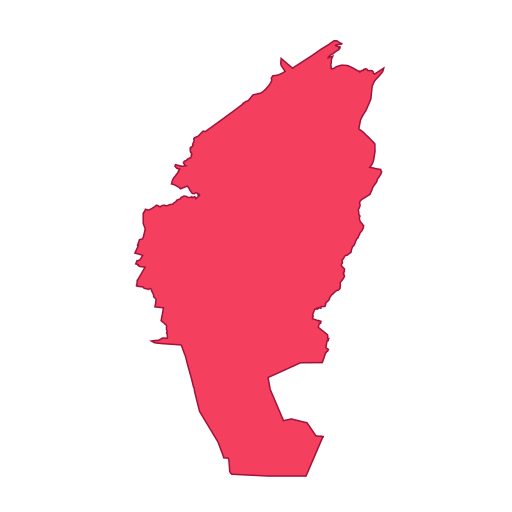 the district of Texcoco, México, Mexico, rotated 273°
{"feature_id": "50627088B50126405105256", "entity_name": "Texcoco", "entity_type": "district", "adm_level": 2, "iso_a3": "MEX", "parent_name": "Mexico", "parent_adm1": "México", "projection": "equal_earth", "projection_center": [-98.834, 19.476], "detail": "fine", "context": "isolated", "style": "filled", "palette": "rose", "viewbox_px": 512, "rotation_deg": 273, "n_neighbors": 0, "source": "geoboundaries", "source_scale": "gbopen_adm2", "svg_char_len": 6118}
<svg xmlns="http://www.w3.org/2000/svg" viewBox="0 0 512 512"><g transform="rotate(273 256 256)"><path d="M52.7,234.4L52.7,238.9L50.9,239.6L39.7,241.0L38.6,241.5L37.9,242.0L36.8,243.2L36.9,279.3L38.9,317.5L78.8,332.2L78.9,332.6L79.2,332.6L79.4,331.2L79.5,330.5L79.3,330.5L79.4,326.7L79.6,325.2L91.6,316.1L92.0,315.9L92.4,314.9L92.4,314.1L93.2,309.8L95.0,300.5L95.2,300.1L93.0,292.1L123.4,277.2L135.3,274.4L151.7,306.0L153.0,327.8L163.3,330.7L163.3,331.2L163.9,331.4L164.7,332.5L166.5,333.2L168.1,330.5L169.9,330.8L174.1,331.3L175.2,331.5L175.1,332.4L177.4,333.0L177.5,331.8L179.8,331.9L181.2,331.4L188.0,322.0L192.2,322.8L192.1,324.0L194.2,324.3L194.8,322.1L194.5,322.0L196.4,315.6L199.0,316.3L200.2,315.6L205.9,317.4L206.1,318.5L206.4,318.6L206.1,319.8L207.2,319.8L206.9,321.1L207.9,321.2L207.2,323.5L209.0,323.7L209.0,326.4L209.1,326.8L209.2,327.5L211.0,328.1L212.1,327.9L214.0,329.3L215.1,330.5L216.9,331.7L217.8,331.5L221.3,333.7L221.9,334.5L225.1,337.5L225.9,338.9L226.0,339.7L227.8,341.6L231.5,341.8L232.5,341.6L234.3,341.6L235.2,342.5L238.3,344.5L240.2,345.4L241.3,345.1L242.4,344.4L242.7,344.7L243.1,344.3L243.9,344.5L244.5,344.4L244.9,345.0L245.1,344.9L247.6,345.1L247.9,344.9L249.8,342.7L251.1,341.7L252.1,341.7L253.5,342.7L254.9,342.6L255.9,342.1L256.8,342.4L257.5,343.2L260.6,344.7L261.1,345.4L261.6,347.1L264.7,350.7L267.3,351.0L270.4,352.0L272.1,353.6L276.7,355.0L278.5,355.9L279.6,357.0L280.9,357.4L281.4,357.4L283.0,358.4L284.0,358.4L287.0,360.6L290.0,361.8L292.2,361.8L292.3,361.3L292.7,361.1L294.5,359.6L295.8,358.3L298.2,357.4L299.5,357.2L300.9,357.7L301.4,357.7L303.0,356.5L305.2,356.3L307.0,355.8L307.9,355.9L309.3,356.6L311.6,357.2L312.7,357.2L314.4,356.7L315.8,356.9L317.7,358.3L323.0,365.9L323.9,366.8L325.4,367.2L328.5,368.5L329.8,368.7L332.3,370.0L336.1,372.5L339.7,373.5L340.4,374.2L342.5,375.4L344.6,376.5L346.7,377.1L348.0,376.1L349.0,376.0L349.4,371.4L350.0,368.8L350.5,364.9L351.8,365.9L354.1,367.3L356.8,368.2L359.1,368.6L366.8,369.4L371.2,369.0L374.1,368.9L375.4,367.6L381.0,361.6L382.4,359.7L384.7,357.3L386.3,355.2L388.2,352.0L397.5,353.3L401.6,355.1L404.1,356.5L405.3,357.1L406.2,357.8L408.1,358.6L410.7,359.5L413.6,360.7L419.0,362.5L431.5,363.1L436.6,365.0L439.3,367.0L441.4,368.9L445.5,372.0L446.6,372.7L447.4,373.1L450.3,373.7L443.9,364.9L444.2,364.2L444.7,363.7L445.7,363.6L446.2,363.3L447.1,362.3L447.2,361.1L447.0,358.2L447.3,357.7L447.6,357.4L448.4,357.0L448.7,355.4L448.1,355.0L448.2,354.2L447.8,353.6L447.0,353.5L446.9,353.1L446.7,351.5L446.1,351.2L445.8,350.5L445.1,350.1L445.5,349.7L446.1,349.5L446.1,348.1L446.6,347.4L448.9,342.8L450.7,338.5L451.1,336.3L451.1,332.2L450.8,330.5L449.3,326.4L448.2,324.9L447.3,323.9L446.9,321.4L451.5,320.7L452.7,321.1L455.7,321.0L457.4,321.4L459.6,322.2L458.7,320.0L457.6,317.6L458.0,317.6L459.5,318.8L461.4,320.9L461.9,322.4L463.4,323.7L465.2,326.1L466.3,327.8L468.0,328.9L468.2,328.0L469.2,328.9L469.4,328.3L469.2,327.5L469.9,325.7L470.0,325.1L470.5,324.4L470.9,325.0L471.2,326.0L471.9,329.8L472.2,330.5L472.6,330.6L473.2,328.6L474.1,327.2L474.7,326.4L475.2,325.2L475.2,324.7L475.0,323.6L475.1,322.7L471.0,317.6L466.2,310.5L459.0,301.3L445.5,282.6L454.6,270.8L449.6,270.6L447.5,271.2L441.9,275.4L440.4,273.4L438.8,270.5L438.2,269.3L437.6,267.4L436.8,263.3L434.2,261.9L433.0,262.4L431.6,262.4L428.3,260.8L426.1,259.3L423.1,256.9L421.7,255.6L420.3,254.1L419.0,252.3L416.7,244.5L410.8,240.2L409.7,237.7L407.3,234.5L408.0,236.0L399.8,226.3L377.6,198.9L378.0,196.7L372.4,191.7L371.1,188.6L370.0,187.7L367.8,188.2L364.3,186.9L363.5,187.5L363.3,187.2L362.1,186.7L361.3,185.4L361.1,185.5L360.7,184.8L360.1,185.1L359.6,184.6L356.6,185.1L356.5,185.5L355.8,185.5L355.7,185.9L354.4,186.6L353.6,186.1L353.5,186.3L352.8,186.4L352.6,186.2L352.0,186.2L350.5,185.3L350.3,185.0L350.4,184.7L349.3,182.7L349.1,182.7L347.6,181.1L347.0,179.6L345.8,178.8L345.2,178.6L344.4,179.2L344.2,179.6L343.1,180.0L342.5,181.1L341.7,177.6L343.0,170.8L341.3,170.4L339.2,172.6L338.8,175.2L337.2,174.4L337.2,174.5L334.7,173.3L333.1,172.1L331.3,171.1L330.1,169.9L327.7,168.8L325.8,168.2L324.2,168.1L323.6,167.8L322.8,170.9L320.5,175.7L319.1,177.1L322.2,183.7L320.6,185.2L317.6,187.0L315.2,189.0L315.0,190.2L315.0,191.2L316.0,192.4L315.7,194.0L314.8,195.8L314.0,194.8L313.4,196.3L312.4,195.2L310.0,192.9L312.1,191.8L310.9,189.4L311.9,188.8L311.5,188.4L310.8,185.8L311.2,184.5L311.8,183.6L312.1,181.1L311.7,180.0L310.3,178.0L309.8,177.6L309.2,177.4L308.9,177.1L308.6,176.5L308.3,175.5L307.7,174.1L306.9,173.5L306.2,173.4L304.8,171.3L303.8,170.8L303.6,170.6L303.5,169.9L303.1,169.3L303.1,167.9L302.9,167.5L302.3,166.1L301.8,165.3L301.6,164.7L301.6,164.0L301.5,163.1L302.0,162.0L301.5,159.7L300.8,158.5L300.1,157.8L300.2,157.4L300.4,157.1L300.4,156.1L300.6,155.9L301.0,155.8L301.2,155.6L301.5,153.9L300.0,152.3L297.8,149.3L296.2,146.3L296.9,143.1L294.8,142.5L294.4,142.5L293.9,142.2L293.8,141.8L293.8,141.5L292.5,141.3L292.4,141.1L282.6,141.7L282.0,141.9L278.4,143.5L276.2,144.1L276.1,143.8L269.2,142.5L267.0,141.7L266.3,138.8L260.6,137.2L260.6,138.0L259.8,137.8L252.6,134.9L250.8,142.8L248.3,141.6L245.9,140.1L245.1,138.2L245.1,137.9L245.2,137.5L241.8,136.3L241.3,138.8L240.5,138.6L239.4,140.5L239.1,145.8L226.1,139.2L225.7,138.7L222.4,138.6L220.0,138.1L219.8,138.3L219.3,142.2L219.3,144.5L217.9,146.0L217.1,150.6L218.0,151.9L217.8,152.7L216.8,153.3L216.3,153.5L215.6,153.5L215.1,154.0L213.8,154.7L213.6,154.9L211.1,155.9L210.0,155.9L209.7,156.1L208.7,157.5L207.7,158.3L206.9,158.6L205.7,158.3L203.8,158.3L199.9,157.7L199.4,166.3L195.0,165.8L194.8,165.6L194.2,165.7L186.4,164.6L186.3,164.8L183.8,168.3L183.3,168.6L182.3,170.0L181.1,170.4L179.5,170.3L178.0,170.5L176.0,171.3L175.3,170.9L174.3,170.7L173.9,170.8L173.4,171.5L169.3,171.8L169.1,171.5L169.3,168.5L169.2,166.9L168.9,166.4L167.8,164.9L166.6,162.7L166.5,161.0L166.3,159.4L165.6,156.0L164.3,158.7L164.3,159.2L164.1,159.3L164.2,159.9L163.9,160.6L163.6,166.8L163.3,185.1L163.1,186.0L162.9,186.2L153.9,190.0L152.8,190.6L145.0,193.0L127.7,198.8L127.7,198.7L121.8,200.5L121.0,201.1L120.1,201.4L119.6,201.3L116.3,202.1L97.8,207.8L68.4,227.7L55.2,233.5L52.7,234.4Z" fill="#f43f5e" stroke="#9f1239" stroke-width="1.5"/></g></svg>